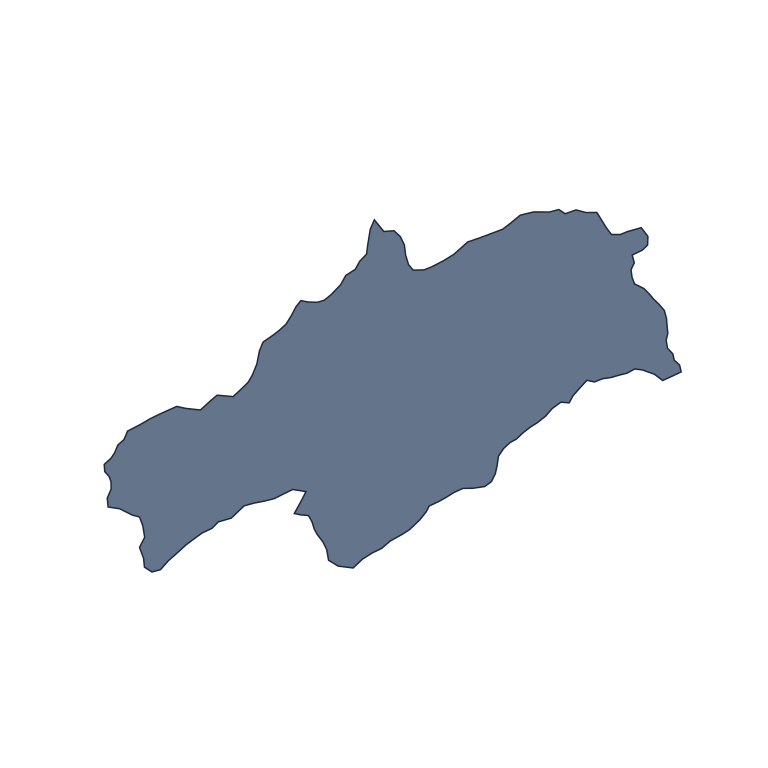 Bernardino de Campos, São Paulo, Brazil (Natural Earth projection), rotated 244°
{"feature_id": "56859067B18982964690410", "entity_name": "Bernardino de Campos", "entity_type": "district", "adm_level": 2, "iso_a3": "BRA", "parent_name": "Brazil", "parent_adm1": "São Paulo", "projection": "natural_earth1", "projection_center": [-49.494, -23.025], "detail": "fine", "context": "isolated", "style": "filled", "palette": "slate", "viewbox_px": 768, "rotation_deg": 244, "n_neighbors": 0, "source": "geoboundaries", "source_scale": "gbopen_adm2", "svg_char_len": 2306}
<svg xmlns="http://www.w3.org/2000/svg" viewBox="0 0 768 768"><g transform="rotate(244 384 384)"><path d="M440.4,111.9L437.0,106.3L434.4,97.3L427.7,94.6L421.4,96.4L415.5,95.7L409.2,92.7L402.7,85.2L394.4,82.1L387.7,91.8L382.0,96.1L376.3,100.5L371.7,106.0L362.5,105.1L351.1,101.7L344.3,92.6L332.7,91.5L324.4,88.4L316.8,93.0L315.1,101.7L319.7,112.8L322.8,124.0L326.2,135.6L327.8,143.8L329.8,155.2L329.7,166.2L332.7,174.6L330.4,187.9L335.8,204.9L333.9,215.1L331.3,224.7L329.1,234.9L329.2,244.4L329.2,255.8L321.5,266.7L316.1,259.6L306.9,246.6L302.8,251.9L298.9,258.4L291.9,258.9L284.0,257.7L278.0,258.0L268.8,259.9L260.2,259.9L249.9,256.9L240.4,263.0L232.2,275.6L236.1,288.1L237.3,299.1L237.3,310.0L240.1,320.6L241.0,335.9L242.0,343.4L246.1,356.4L250.6,365.9L254.5,371.1L254.4,381.8L254.8,389.4L255.8,399.1L255.6,409.1L251.3,418.2L247.7,429.6L249.1,437.6L254.5,444.7L260.8,449.7L269.0,455.3L273.6,463.3L276.1,471.6L276.5,479.0L279.2,487.5L281.2,497.2L282.0,505.0L284.3,515.2L288.2,524.4L290.1,535.0L285.9,542.2L290.5,548.6L294.5,558.1L298.4,568.0L293.6,574.0L292.9,582.9L290.3,590.9L288.8,599.6L287.2,607.1L287.6,615.9L283.4,622.4L274.1,631.4L265.0,636.0L264.7,646.9L264.6,656.4L271.6,658.0L278.1,655.3L284.4,656.8L291.9,654.5L299.6,656.8L305.3,661.4L311.4,663.6L318.9,666.6L327.2,668.2L335.5,666.0L341.8,663.6L347.9,662.1L355.8,659.5L364.1,653.1L371.1,653.7L378.4,656.1L383.2,662.1L391.1,663.6L391.1,675.0L393.4,681.9L401.0,685.9L411.8,683.7L413.0,676.6L414.3,669.4L414.7,662.1L418.7,653.9L427.9,652.2L435.3,651.5L444.9,650.5L449.6,640.6L456.3,632.9L457.6,621.5L464.2,617.6L466.0,608.2L473.1,593.8L476.0,580.5L473.1,568.4L471.1,558.5L472.7,541.1L473.5,533.1L475.0,521.7L469.9,503.5L468.7,491.4L468.4,478.1L469.0,470.1L473.5,460.2L480.4,458.4L490.3,459.9L500.1,463.3L509.3,463.3L517.3,460.2L521.2,450.7L535.8,447.3L529.1,439.5L515.5,429.9L508.4,425.3L504.9,415.9L499.7,408.6L498.3,397.2L492.2,388.5L487.4,375.3L485.5,366.9L486.7,359.8L491.0,351.7L495.4,345.8L492.0,338.8L486.3,331.0L480.8,322.3L478.2,313.6L476.7,306.6L474.7,293.7L468.3,286.5L457.7,278.5L449.6,269.4L445.1,262.7L442.3,254.3L438.8,242.9L447.1,229.1L445.1,221.2L441.1,207.6L449.0,195.1L454.7,187.9L455.3,169.6L455.3,158.6L454.4,146.8L454.1,132.9L448.1,126.1L445.8,118.0L440.4,111.9Z" fill="#64748b" stroke="#1e293b" stroke-width="1.5"/></g></svg>